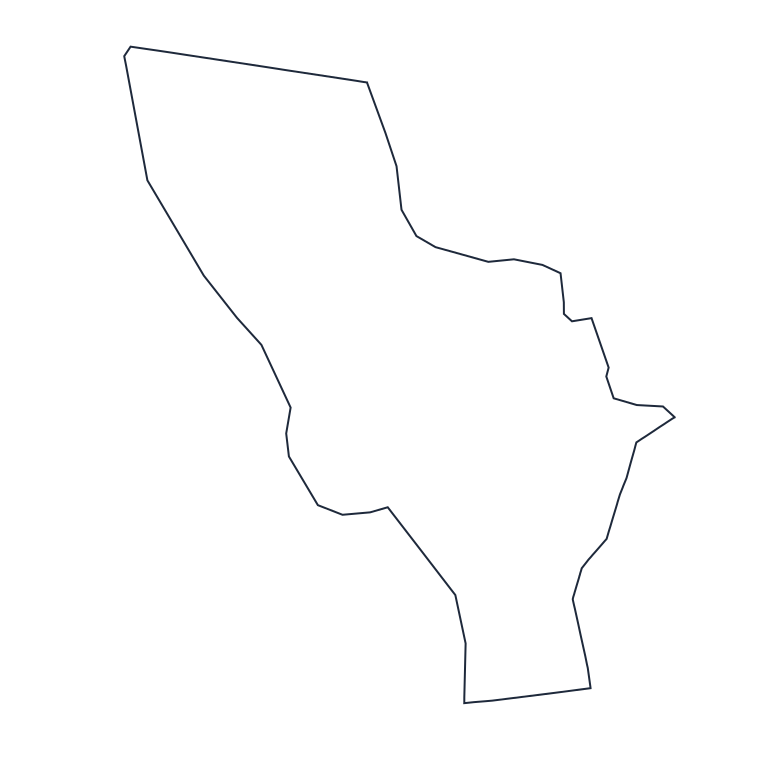 Wasat Jabal Marrah, Central Darfur, Sudan, rotated 6°
{"feature_id": "16777658B31401746790002", "entity_name": "Wasat Jabal Marrah", "entity_type": "district", "adm_level": 2, "iso_a3": "SDN", "parent_name": "Sudan", "parent_adm1": "Central Darfur", "projection": "albers", "projection_center": [24.33, 13.123], "detail": "fine", "context": "isolated", "style": "outline", "palette": "slate", "viewbox_px": 768, "rotation_deg": 6, "n_neighbors": 0, "source": "geoboundaries", "source_scale": "gbopen_adm2", "svg_char_len": 1747}
<svg xmlns="http://www.w3.org/2000/svg" viewBox="0 0 768 768"><g transform="rotate(6 384 384)"><path d="M497.2,693.0L497.8,692.9L506.7,691.0L519.0,688.7L524.7,687.6L586.1,673.3L621.2,664.9L621.0,663.9L616.3,645.0L615.2,641.8L612.6,633.5L605.7,612.9L602.2,602.2L597.2,587.2L596.2,584.4L595.8,583.2L595.1,581.1L594.4,579.0L594.2,578.2L594.5,575.9L595.1,573.0L595.4,571.1L595.6,570.1L595.9,568.5L596.5,565.2L598.2,556.2L598.5,554.2L598.7,553.5L598.9,551.9L599.5,549.0L599.9,546.6L604.5,539.3L605.4,537.8L606.0,536.9L607.9,534.3L609.3,532.2L611.9,528.6L615.2,523.9L620.0,517.0L621.6,514.8L623.0,507.0L624.0,502.0L624.5,499.3L625.1,496.0L627.5,483.5L628.4,478.7L628.6,477.3L630.2,469.1L632.3,461.7L632.5,460.8L635.0,452.3L635.3,450.6L637.4,437.7L638.4,431.8L639.7,424.4L639.8,423.8L640.0,422.6L640.5,419.2L640.8,417.4L641.1,415.7L643.9,413.4L645.9,411.7L649.2,409.1L656.6,403.0L657.6,402.2L658.5,401.4L662.8,397.8L667.4,394.1L668.8,392.9L671.5,390.7L674.3,388.4L676.2,387.0L676.6,386.8L676.6,386.7L675.8,386.1L663.8,377.2L637.6,378.5L613.9,374.2L604.3,353.3L605.7,344.2L583.5,296.8L564.4,302.0L555.6,295.5L554.3,283.9L548.0,255.4L529.1,249.0L500.2,246.4L475.0,251.6L420.9,242.5L400.8,233.5L383.2,208.9L373.7,166.1L359.2,134.2L336.0,86.8L335.6,86.0L335.6,85.9L334.7,85.9L334.3,85.8L332.6,85.8L325.7,85.4L319.5,85.1L253.8,82.1L249.7,81.9L248.1,81.8L233.8,81.1L199.1,79.5L153.1,77.4L138.5,76.7L124.5,76.1L114.1,75.7L96.7,75.0L91.4,85.1L92.0,87.2L94.1,93.9L124.0,194.7L127.4,206.2L193.5,295.1L230.8,333.5L258.0,357.9L293.6,417.2L291.9,443.4L297.0,466.0L330.9,511.4L356.4,518.4L383.6,513.1L400.6,506.2L424.9,531.7L437.4,544.8L472.1,581.3L477.0,586.4L492.3,633.5L496.6,687.0L497.2,692.9L497.2,693.0Z" fill="none" stroke="#1e293b" stroke-width="2"/></g></svg>